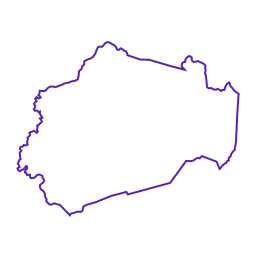 the district of Presidente Jânio Quadros, Bahia, Brazil, rotated 89°
{"feature_id": "56859067B35100201020148", "entity_name": "Presidente Jânio Quadros", "entity_type": "district", "adm_level": 2, "iso_a3": "BRA", "parent_name": "Brazil", "parent_adm1": "Bahia", "projection": "orthographic", "projection_center": [-41.74, -14.693], "detail": "fine", "context": "isolated", "style": "outline", "palette": "violet", "viewbox_px": 256, "rotation_deg": 89, "n_neighbors": 0, "source": "geoboundaries", "source_scale": "gbopen_adm2", "svg_char_len": 3176}
<svg xmlns="http://www.w3.org/2000/svg" viewBox="0 0 256 256"><g transform="rotate(89 128 128)"><path d="M143.8,20.3L114.6,18.4L95.7,16.8L94.2,18.9L93.0,20.6L91.2,22.1L89.3,23.4L88.2,24.6L87.0,25.3L85.5,25.4L84.2,26.2L85.6,28.3L87.4,29.4L88.9,30.1L91.8,31.2L91.6,33.0L92.7,34.1L91.4,35.9L90.4,37.7L91.3,39.2L91.0,41.3L90.3,42.9L89.4,44.1L89.8,46.4L88.6,48.2L76.6,49.2L74.7,50.1L72.6,49.5L70.9,49.4L69.2,49.9L66.9,49.5L65.5,50.8L64.2,52.8L63.5,54.7L62.3,56.8L62.9,59.2L63.1,61.3L61.9,62.7L60.4,63.1L58.5,63.1L57.2,64.9L57.5,66.5L58.7,68.1L61.1,69.6L62.9,69.7L63.2,71.7L64.5,72.9L67.0,73.2L68.5,72.7L69.2,71.5L70.8,70.3L66.8,84.4L60.2,105.6L59.7,114.6L55.2,127.3L52.9,127.6L51.4,128.6L50.6,130.4L49.3,132.0L48.2,134.0L49.8,135.8L49.3,137.6L47.6,138.2L45.9,139.3L44.6,140.8L44.0,142.3L43.2,143.6L42.4,144.7L41.8,146.1L42.0,147.8L43.1,149.6L44.8,151.0L46.3,152.4L46.1,154.6L46.7,156.6L48.4,157.5L50.4,158.4L53.0,159.3L55.1,160.9L56.5,162.0L57.9,164.4L58.3,166.0L59.0,167.5L59.6,169.0L60.7,170.6L63.0,170.6L64.4,171.2L65.1,172.5L66.7,173.0L68.5,173.7L69.3,175.0L70.8,176.1L72.9,176.3L75.1,176.5L76.5,176.8L78.4,177.4L79.8,179.6L80.1,181.7L80.5,184.1L81.5,186.3L81.8,188.0L82.1,189.4L82.4,191.1L83.5,192.9L84.1,194.6L84.7,196.7L85.4,198.2L85.7,199.6L85.4,201.8L85.2,203.2L85.3,204.9L86.2,207.0L88.1,208.9L89.6,210.5L89.6,213.0L89.2,215.5L92.2,216.0L93.7,217.0L94.4,215.8L96.0,214.8L97.0,217.2L95.5,218.8L97.2,220.3L98.5,219.5L99.8,219.0L100.7,220.5L102.3,221.6L104.3,220.3L106.0,220.7L107.3,221.8L109.1,220.9L109.0,218.3L110.6,217.2L110.1,215.7L112.3,215.9L114.5,214.4L116.2,213.4L116.9,215.9L118.7,214.5L120.4,214.0L121.8,215.8L123.4,217.4L124.1,218.8L125.7,218.4L128.2,219.0L129.9,218.2L131.2,219.3L129.9,220.8L129.2,222.1L130.1,224.2L131.0,226.7L133.1,226.0L134.5,226.9L135.9,228.6L137.4,228.3L140.0,229.1L142.9,228.7L143.7,230.7L143.1,232.5L144.7,233.5L145.1,235.8L146.8,236.5L148.9,235.0L150.1,236.1L151.4,236.8L153.2,236.5L155.5,236.3L157.3,236.0L158.4,237.4L160.4,238.2L161.7,238.8L163.1,237.9L165.1,237.0L166.4,239.2L168.4,238.5L169.3,236.7L168.2,235.3L167.6,233.6L166.7,232.4L165.7,231.4L164.4,230.9L164.8,229.6L166.9,229.6L168.6,231.4L170.7,231.8L171.6,230.3L173.1,229.9L173.1,226.8L174.8,226.8L176.4,226.2L176.4,224.3L175.9,222.1L174.6,220.9L173.3,219.5L173.0,217.5L173.6,216.1L174.4,214.5L176.7,214.1L177.8,213.1L179.5,212.8L181.4,214.2L182.5,215.8L183.7,217.1L185.7,217.0L187.8,216.2L189.1,214.3L190.7,212.9L192.9,212.2L195.3,212.1L196.8,211.2L198.2,210.6L200.1,210.9L201.2,209.6L202.8,208.4L203.3,206.5L202.8,204.7L202.0,203.0L202.7,201.0L203.4,199.0L203.7,197.5L214.2,187.6L212.8,186.9L212.3,185.3L212.0,183.5L211.1,181.4L210.7,179.4L211.0,177.9L210.9,176.0L209.4,174.8L207.7,174.4L205.9,174.1L204.1,170.6L203.6,168.8L202.3,164.1L201.7,161.8L195.5,145.6L191.9,130.7L194.4,129.3L184.8,91.5L183.6,86.8L162.0,70.4L162.0,68.8L162.2,67.0L162.1,64.9L161.6,63.0L160.7,61.9L159.8,60.5L159.1,58.4L159.6,56.9L157.4,54.7L158.9,50.8L163.2,40.0L170.5,37.1L169.4,35.9L168.1,35.1L167.1,34.0L165.6,32.4L164.6,30.5L162.7,29.2L162.2,27.8L160.6,28.0L159.2,27.5L158.3,26.0L156.3,25.4L154.9,24.6L153.4,23.5L152.0,21.8L143.8,20.3Z" fill="none" stroke="#5b21b6" stroke-width="2"/></g></svg>